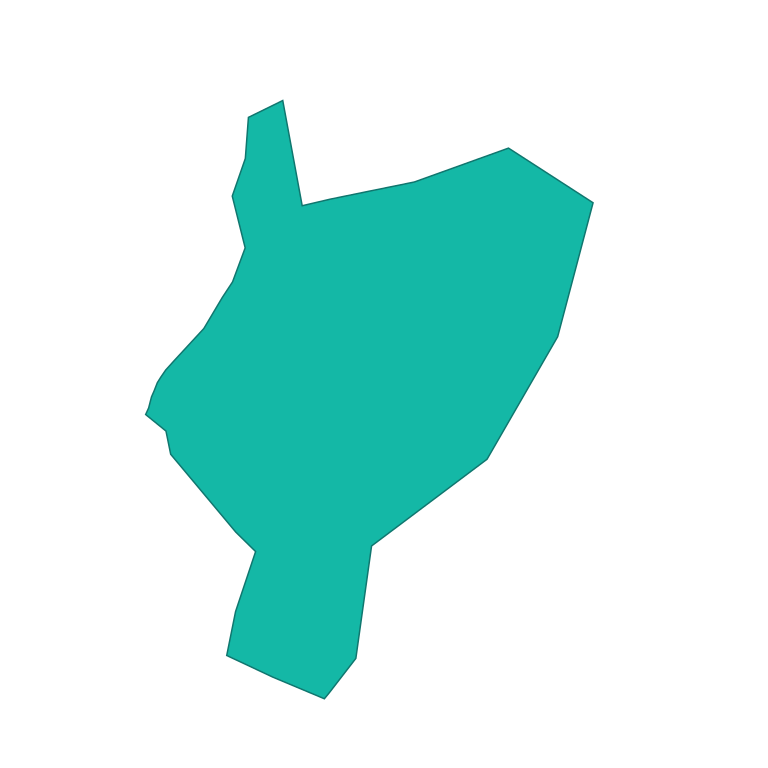 Sainshand, Dornogovi, Mongolia, rotated 169°
{"feature_id": "93677404B78585680282689", "entity_name": "Sainshand", "entity_type": "district", "adm_level": 2, "iso_a3": "MNG", "parent_name": "Mongolia", "parent_adm1": "Dornogovi", "projection": "equal_earth", "projection_center": [110.055, 44.624], "detail": "fine", "context": "isolated", "style": "filled", "palette": "teal", "viewbox_px": 768, "rotation_deg": 169, "n_neighbors": 0, "source": "geoboundaries", "source_scale": "gbopen_adm2", "svg_char_len": 612}
<svg xmlns="http://www.w3.org/2000/svg" viewBox="0 0 768 768"><g transform="rotate(169 384 384)"><path d="M496.8,91.2L464.0,120.0L427.1,227.4L297.2,290.5L204.5,397.3L144.2,522.0L144.6,522.4L216.8,591.8L315.7,576.5L362.2,576.1L401.7,575.7L430.3,574.6L429.3,681.6L466.2,671.6L477.1,631.8L497.1,597.4L494.3,544.1L513.2,513.1L526.2,499.8L550.3,472.8L585.6,446.9L595.6,439.4L601.7,433.4L606.2,428.6L611.1,420.9L614.7,415.7L619.6,405.4L623.8,399.5L607.0,379.4L606.8,355.7L557.7,266.8L542.0,244.0L573.1,189.0L590.2,147.5L548.7,117.2L502.6,86.4L496.8,91.2Z" fill="#14b8a6" stroke="#0f766e" stroke-width="1.5"/></g></svg>